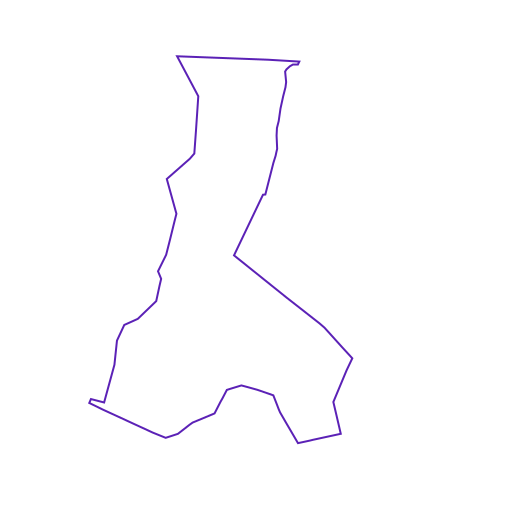 the district of Isaías Coelho, Piauí, Brazil, rotated 15°
{"feature_id": "56859067B49584523794073", "entity_name": "Isaías Coelho", "entity_type": "district", "adm_level": 2, "iso_a3": "BRA", "parent_name": "Brazil", "parent_adm1": "Piauí", "projection": "robinson", "projection_center": [-41.638, -7.616], "detail": "fine", "context": "isolated", "style": "outline", "palette": "violet", "viewbox_px": 512, "rotation_deg": 15, "n_neighbors": 0, "source": "geoboundaries", "source_scale": "gbopen_adm2", "svg_char_len": 1138}
<svg xmlns="http://www.w3.org/2000/svg" viewBox="0 0 512 512"><g transform="rotate(15 256 256)"><path d="M133.6,436.9L133.0,441.1L147.8,444.0L202.0,453.3L215.8,455.0L220.0,452.3L226.6,448.0L235.5,436.2L237.9,433.3L256.7,418.8L259.5,405.8L260.4,402.4L262.5,392.9L265.3,391.1L275.4,384.8L281.6,384.8L291.9,384.9L295.0,385.1L308.8,386.1L314.9,394.4L317.5,398.0L319.7,400.8L327.4,408.5L345.0,425.9L355.9,420.3L358.6,418.8L362.5,416.8L383.9,405.8L374.4,388.0L368.5,377.0L373.1,342.9L375.5,329.9L362.3,321.5L342.7,308.8L340.7,307.5L334.7,304.6L319.2,298.0L296.4,288.3L234.6,261.1L246.9,195.0L249.1,194.2L248.7,161.5L249.0,154.1L248.8,150.5L248.7,147.0L244.7,134.3L243.1,126.9L243.0,119.8L241.5,107.3L240.9,94.5L240.8,85.4L240.1,80.2L236.4,70.3L237.1,67.9L239.6,64.0L242.1,61.5L246.9,60.2L247.5,57.0L216.8,63.3L128.1,83.5L158.9,116.6L162.1,132.8L165.7,151.1L169.9,173.0L166.9,179.2L149.9,204.7L168.2,235.8L168.3,243.4L168.7,262.3L168.9,278.1L165.3,296.1L170.3,302.6L170.5,309.4L171.3,325.4L158.1,347.3L153.6,351.0L146.6,356.7L143.6,373.7L146.5,392.0L147.4,397.7L147.2,436.8L133.6,436.9Z" fill="none" stroke="#5b21b6" stroke-width="2"/></g></svg>